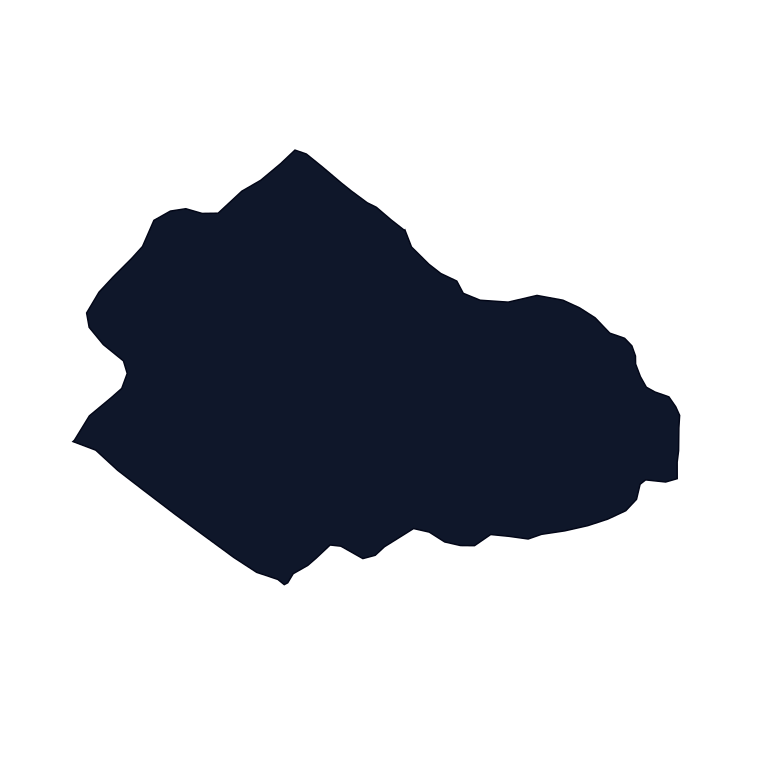 Kramfors, Västernorrland, Sweden (orthographic projection), rotated 190°
{"feature_id": "70781695B48901631872346", "entity_name": "Kramfors", "entity_type": "district", "adm_level": 2, "iso_a3": "SWE", "parent_name": "Sweden", "parent_adm1": "Västernorrland", "projection": "orthographic", "projection_center": [17.862, 62.994], "detail": "fine", "context": "isolated", "style": "filled", "palette": "ink", "viewbox_px": 768, "rotation_deg": 190, "n_neighbors": 0, "source": "geoboundaries", "source_scale": "gbopen_adm2", "svg_char_len": 1316}
<svg xmlns="http://www.w3.org/2000/svg" viewBox="0 0 768 768"><g transform="rotate(190 384 384)"><path d="M447.4,169.1L444.3,171.5L440.5,181.4L427.5,192.2L420.6,200.7L409.1,216.1L398.3,216.8L374.5,208.4L362.9,213.8L355.3,223.8L338.3,239.1L329.8,246.8L313.7,246.0L296.8,239.0L280.6,238.2L266.8,240.5L252.8,254.3L234.4,255.7L215.1,256.4L202.8,263.3L180.4,270.8L158.7,279.9L140.2,289.8L123.9,301.2L115.3,314.3L114.4,329.7L109.7,335.0L89.6,336.4L78.8,341.7L81.7,357.9L82.3,369.5L86.0,392.0L87.4,404.4L92.7,412.2L101.2,420.8L115.9,423.2L125.1,426.4L132.8,435.8L139.7,447.4L140.9,453.6L141.2,455.2L146.5,464.6L155.0,470.8L170.5,473.3L187.5,485.8L204.5,492.9L222.3,497.6L248.7,497.8L275.9,486.2L303.9,483.2L321.7,487.1L330.2,498.0L347.3,502.7L360.5,509.7L380.7,523.7L390.2,539.4L390.6,538.9L405.4,546.8L422.2,556.7L432.1,559.6L449.9,568.5L460.7,574.4L482.5,587.1L500.4,597.0L512.3,598.9L524.1,583.0L540.8,563.2L557.5,549.2L577.0,523.4L592.8,520.4L609.6,522.2L624.4,517.2L639.0,505.2L645.7,477.5L654.4,463.7L669.0,442.9L680.6,425.0L689.2,402.3L684.2,388.6L667.3,374.1L644.6,361.5L638.7,349.8L641.5,334.1L650.2,323.2L668.6,301.5L679.1,274.9L680.3,273.3L656.4,268.8L631.2,252.7L603.5,238.2L566.9,219.3L533.4,202.7L501.8,187.1L476.7,176.4L454.6,173.1L447.4,169.1Z" fill="#0f172a" stroke="#020617" stroke-width="1.5"/></g></svg>